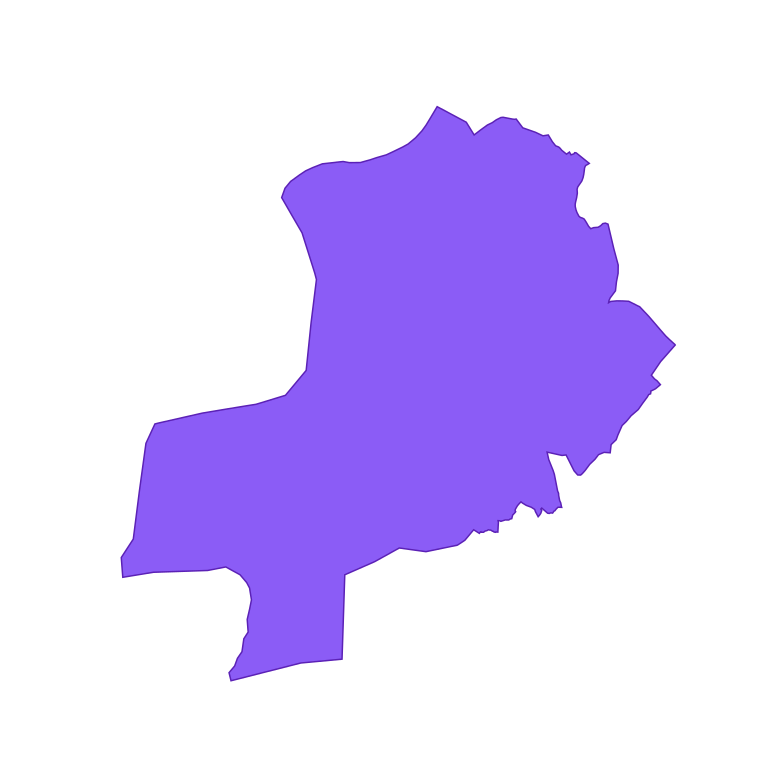 Orumba South, Anambra, Nigeria (Robinson projection), rotated 169°
{"feature_id": "59680162B16963737840115", "entity_name": "Orumba South", "entity_type": "district", "adm_level": 2, "iso_a3": "NGA", "parent_name": "Nigeria", "parent_adm1": "Anambra", "projection": "robinson", "projection_center": [7.202, 6.0], "detail": "fine", "context": "isolated", "style": "filled", "palette": "violet", "viewbox_px": 768, "rotation_deg": 169, "n_neighbors": 0, "source": "geoboundaries", "source_scale": "gbopen_adm2", "svg_char_len": 3227}
<svg xmlns="http://www.w3.org/2000/svg" viewBox="0 0 768 768"><g transform="rotate(169 384 384)"><path d="M477.7,121.9L458.9,204.2L427.0,211.4L400.3,220.1L374.8,211.4L342.7,211.8L336.5,214.3L334.4,215.2L323.8,223.8L318.9,219.2L317.6,220.4L317.0,220.5L316.8,219.9L314.5,219.5L313.7,219.9L312.7,220.4L311.0,220.4L310.2,220.7L309.2,221.0L308.6,220.6L307.1,220.2L306.1,219.3L305.7,218.8L304.6,218.4L304.3,217.7L302.6,217.1L302.2,217.4L300.5,216.9L299.6,220.4L299.3,221.7L298.1,226.3L298.1,228.1L296.6,227.7L295.5,226.9L290.8,227.4L287.5,226.7L285.8,227.4L284.3,227.4L282.7,230.8L281.4,231.7L280.3,232.5L279.1,233.5L279.5,234.4L279.0,235.9L276.3,239.0L274.3,240.6L272.0,242.2L270.8,240.7L267.5,237.7L262.9,234.9L260.0,232.1L259.7,229.8L258.0,224.3L256.3,225.6L254.8,227.1L253.3,229.7L253.9,231.3L252.8,232.1L248.1,226.0L246.5,225.4L244.9,225.7L243.1,225.1L241.5,226.7L240.4,227.0L239.1,228.2L236.8,229.8L235.6,229.6L233.1,229.0L233.2,229.8L233.2,233.6L233.8,236.1L233.8,241.2L233.5,243.4L234.0,245.9L234.0,262.9L234.5,266.9L236.7,278.4L236.9,286.0L222.9,279.9L218.8,279.6L214.0,262.5L211.2,257.7L208.3,257.1L206.4,258.2L203.1,260.7L197.4,265.9L191.2,269.9L186.9,273.7L181.0,274.9L175.1,273.3L172.6,281.2L166.7,285.0L164.2,289.2L158.2,297.8L153.4,300.9L147.5,305.7L139.3,310.4L133.9,315.6L128.0,321.0L126.2,323.1L124.2,323.5L123.6,325.1L123.5,326.1L120.8,326.8L118.4,327.5L112.8,330.6L114.4,333.4L115.4,335.1L117.5,337.4L119.9,341.6L108.2,353.2L90.7,366.7L90.8,367.1L95.4,373.3L98.3,377.4L102.2,384.1L111.2,399.9L118.3,411.1L120.0,412.3L121.9,413.8L128.0,418.5L133.9,420.0L139.7,421.2L145.8,421.8L148.0,421.0L147.2,423.0L145.6,425.3L139.0,431.3L136.3,440.0L133.1,447.9L131.4,456.1L132.6,473.1L133.6,498.2L136.0,499.7L138.6,499.7L141.0,498.1L143.9,497.0L148.4,497.5L151.4,497.0L153.1,499.8L154.6,504.2L156.0,507.7L157.4,508.9L159.5,510.1L160.7,511.6L161.9,515.7L162.3,518.4L162.4,521.7L162.0,524.0L161.2,526.1L159.4,530.0L157.8,534.4L157.3,538.3L156.2,540.5L153.2,543.4L151.0,545.6L149.2,548.6L147.9,551.7L146.5,555.8L145.9,557.8L144.8,559.5L143.9,560.2L142.3,560.6L140.4,561.4L151.2,574.2L151.7,574.3L151.9,574.5L152.7,574.7L153.6,573.7L156.7,573.3L157.7,576.3L161.0,574.8L164.9,579.5L166.2,581.9L167.3,583.3L170.1,585.1L172.5,589.7L175.2,597.1L180.6,597.3L187.3,602.2L198.9,609.0L203.7,618.9L205.2,618.9L207.2,619.5L216.2,623.1L218.4,623.3L223.4,621.9L227.8,619.9L233.1,618.5L240.8,614.9L248.0,611.3L253.3,625.3L278.9,646.1L288.2,635.7L293.3,630.1L298.4,625.3L306.0,619.7L314.5,615.0L320.3,613.1L330.4,610.4L338.0,608.5L348.1,607.6L354.8,606.7L358.9,606.4L364.9,605.9L375.8,607.9L381.7,610.2L388.7,610.8L389.2,610.8L402.5,611.9L412.8,610.0L420.2,608.2L426.9,605.4L437.0,600.7L443.8,595.1L448.9,586.5L447.1,581.3L442.2,567.0L435.6,548.0L431.2,509.5L430.8,505.8L430.4,499.4L443.9,458.0L457.8,412.2L482.9,391.7L513.5,388.5L525.0,388.9L541.7,389.4L567.8,390.1L613.0,388.7L616.5,388.5L629.0,371.2L644.5,325.7L659.7,279.6L675.0,263.8L677.3,244.1L646.3,243.2L592.7,234.6L574.2,234.6L568.2,229.6L561.7,224.2L556.7,215.3L554.9,209.4L555.3,197.4L558.9,188.6L563.2,179.0L564.7,166.4L570.2,160.7L574.5,148.3L580.2,142.7L584.4,135.7L591.2,130.2L590.8,121.9L518.9,126.0L477.7,121.9Z" fill="#8b5cf6" stroke="#5b21b6" stroke-width="1.5"/></g></svg>